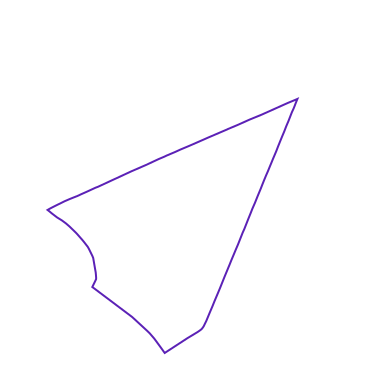 Bang Rak, Bangkok Metropolis, Thailand (Robinson projection), rotated 311°
{"feature_id": "78962969B21666986895715", "entity_name": "Bang Rak", "entity_type": "district", "adm_level": 2, "iso_a3": "THA", "parent_name": "Thailand", "parent_adm1": "Bangkok Metropolis", "projection": "robinson", "projection_center": [100.525, 13.728], "detail": "fine", "context": "isolated", "style": "outline", "palette": "violet", "viewbox_px": 384, "rotation_deg": 311, "n_neighbors": 0, "source": "geoboundaries", "source_scale": "gbopen_adm2", "svg_char_len": 1696}
<svg xmlns="http://www.w3.org/2000/svg" viewBox="0 0 384 384"><g transform="rotate(311 192 192)"><path d="M52.6,277.0L78.9,284.5L90.0,288.1L91.2,288.4L92.3,288.7L93.3,288.9L94.2,289.1L95.2,289.2L96.9,289.1L98.4,288.9L101.7,288.0L104.0,287.4L108.2,286.0L112.7,284.5L119.2,282.4L124.1,280.7L129.3,279.0L133.0,277.8L138.1,276.1L145.0,273.7L149.9,272.0L154.1,270.6L161.6,268.1L166.5,266.4L172.6,264.4L177.4,262.8L182.4,261.2L189.8,258.6L191.5,258.0L194.6,256.9L198.3,255.8L205.1,253.4L208.2,252.3L214.9,250.0L218.8,248.6L225.2,246.6L231.5,244.4L239.9,241.6L243.8,240.2L247.8,238.8L253.2,237.0L257.4,235.7L262.1,234.1L266.9,232.5L270.1,231.4L272.9,230.5L278.1,228.8L282.5,227.2L288.0,225.3L293.3,223.5L298.2,221.9L303.4,220.0L308.7,218.3L317.6,215.1L321.7,213.9L324.6,212.9L327.0,212.0L331.4,210.5L329.5,209.6L329.1,209.4L322.5,206.1L317.8,203.9L296.0,193.8L284.5,188.0L272.0,182.2L263.1,177.8L262.3,177.5L255.7,174.3L243.5,168.4L238.8,166.2L224.3,159.3L216.4,155.4L211.1,153.0L205.6,150.3L204.9,150.0L203.2,149.1L201.1,148.2L200.2,147.8L194.9,145.2L193.1,144.4L182.3,139.6L168.1,132.8L148.5,124.0L134.2,117.6L132.0,116.4L127.1,114.2L122.9,112.3L116.7,109.4L115.9,109.1L113.1,107.8L112.1,107.2L111.6,107.0L110.7,106.5L106.4,104.3L104.1,103.2L101.4,101.9L96.3,99.8L95.2,99.3L92.8,98.3L88.9,96.7L86.6,95.8L85.5,95.4L83.7,94.8L83.8,96.4L83.9,100.6L84.3,106.9L85.2,112.4L85.6,117.5L85.6,122.2L85.1,131.2L84.9,133.1L83.8,141.1L83.4,143.4L82.2,149.4L81.4,151.6L78.4,158.7L77.4,160.7L70.3,169.4L68.2,172.0L66.4,173.9L64.6,175.7L64.3,176.0L63.3,176.8L60.5,177.6L54.9,179.1L58.4,228.9L57.8,249.4L57.6,252.8L56.6,259.7L54.8,267.7L53.8,272.0L52.6,277.0Z" fill="none" stroke="#5b21b6" stroke-width="2"/></g></svg>